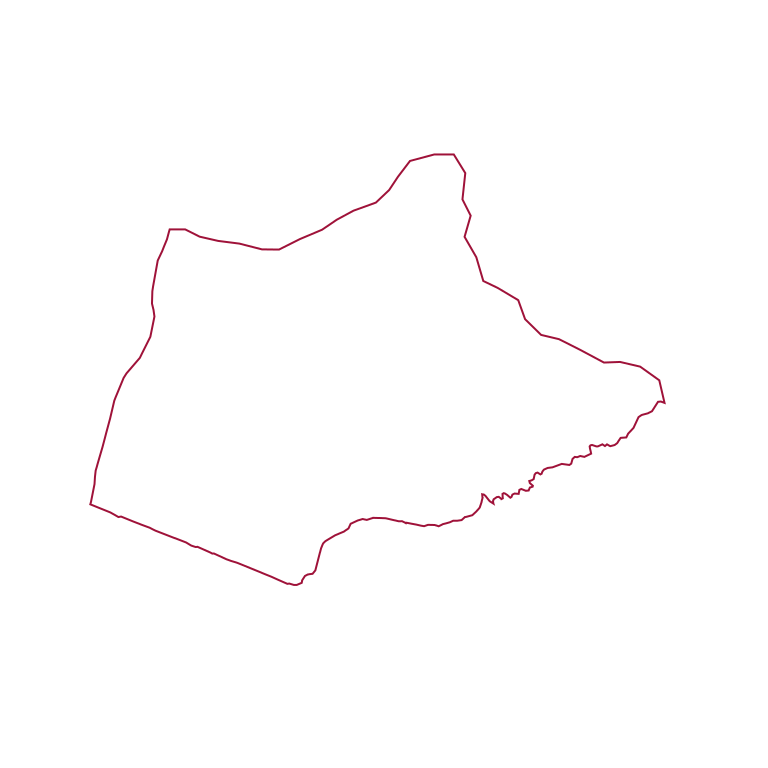 Grande Sido, Moyen-Chari, Chad (Albers equal-area conic projection), rotated 26°
{"feature_id": "50815135B5443465425830", "entity_name": "Grande Sido", "entity_type": "district", "adm_level": 2, "iso_a3": "TCD", "parent_name": "Chad", "parent_adm1": "Moyen-Chari", "projection": "albers", "projection_center": [18.707, 8.449], "detail": "fine", "context": "isolated", "style": "outline", "palette": "rose", "viewbox_px": 768, "rotation_deg": 26, "n_neighbors": 0, "source": "geoboundaries", "source_scale": "gbopen_adm2", "svg_char_len": 4401}
<svg xmlns="http://www.w3.org/2000/svg" viewBox="0 0 768 768"><g transform="rotate(26 384 384)"><path d="M172.8,620.9L180.2,620.4L194.3,619.4L199.6,619.7L203.6,620.0L205.8,618.4L219.0,617.5L221.3,617.3L222.6,617.2L225.8,616.9L226.0,616.9L226.4,616.9L228.5,616.7L234.5,616.1L236.4,615.9L239.6,616.0L239.8,616.0L242.9,616.0L263.4,614.3L263.5,614.2L275.4,613.2L275.8,613.2L281.2,613.7L281.7,613.7L284.0,613.4L286.1,613.1L287.2,612.5L287.7,612.1L301.7,611.6L301.9,611.6L302.1,611.6L304.0,611.7L305.4,610.9L305.5,610.9L319.2,610.6L321.8,610.3L322.8,610.2L323.9,610.1L328.8,609.3L330.2,609.1L331.3,609.0L355.1,607.4L356.6,607.3L357.2,607.3L361.8,607.0L367.2,606.6L374.1,606.4L381.7,606.1L383.9,606.0L384.7,606.0L385.6,605.4L386.3,604.9L391.1,604.1L392.1,603.6L393.7,602.8L397.2,598.8L396.8,597.2L396.7,597.1L396.5,596.4L397.1,591.2L398.7,589.0L398.9,588.8L399.0,588.6L399.4,588.4L400.1,587.8L403.0,585.9L404.0,581.6L400.6,565.0L400.3,563.6L400.3,563.3L400.2,562.8L399.5,559.4L399.2,555.1L399.2,554.6L399.2,553.9L399.7,552.4L400.2,551.0L402.1,548.0L406.4,541.4L408.7,538.8L409.0,538.4L412.7,534.2L412.9,533.8L413.8,532.1L414.2,531.5L415.4,529.4L415.3,524.2L416.2,523.2L416.4,522.9L420.2,518.2L422.3,516.3L424.0,514.7L426.6,514.1L426.8,514.0L427.7,513.8L428.1,513.7L430.0,511.9L431.1,510.8L432.6,509.4L432.8,509.1L433.2,509.0L433.4,508.8L434.9,508.2L438.5,506.5L444.2,504.0L445.3,503.7L452.8,502.0L454.3,501.6L455.3,501.4L457.5,500.9L460.4,499.4L463.1,499.4L463.3,499.4L464.7,499.5L464.7,499.3L464.7,499.0L465.1,498.8L470.4,497.4L470.7,497.3L473.3,496.6L473.6,496.5L475.1,496.1L479.0,495.2L479.4,495.1L482.4,494.2L485.3,491.3L491.4,488.5L492.9,488.3L493.0,488.2L495.5,487.9L497.3,485.6L498.4,484.1L500.8,482.1L503.8,479.4L506.1,476.6L509.6,474.9L513.4,472.3L515.0,468.3L515.0,468.2L516.0,467.5L516.6,467.0L520.9,463.2L522.9,458.0L523.2,456.7L523.3,456.6L524.0,454.0L524.2,453.0L523.9,450.8L523.9,450.6L523.4,447.0L523.2,446.7L522.5,443.1L522.4,443.1L520.8,440.4L520.6,440.1L521.4,439.9L521.5,439.8L522.2,439.6L524.3,440.1L527.8,441.8L529.5,442.6L530.4,443.0L530.7,443.0L531.0,443.1L534.7,443.5L534.6,443.4L533.3,441.4L533.3,440.8L533.2,440.7L533.1,439.5L533.6,438.7L534.9,436.3L535.0,436.2L536.6,435.1L539.9,435.8L540.0,435.9L540.9,434.7L540.0,433.2L539.9,433.0L538.7,430.8L539.5,429.6L540.3,429.5L540.8,429.4L542.3,429.6L543.3,429.7L547.4,430.8L548.1,429.6L547.9,427.2L548.3,426.6L549.4,425.2L551.5,424.4L553.2,423.7L552.1,419.8L553.4,418.2L553.5,418.2L554.4,418.1L558.3,417.8L560.7,416.3L560.6,415.0L560.5,413.1L561.5,412.2L562.6,411.1L562.5,410.8L562.4,410.2L558.5,409.1L557.1,407.5L558.9,405.9L559.4,405.1L559.8,404.5L560.2,403.9L559.1,399.5L559.5,397.6L560.2,396.9L560.3,396.8L560.9,396.3L564.2,396.7L564.5,396.2L565.0,395.6L564.8,393.9L564.8,393.0L565.1,391.6L565.3,390.8L567.9,387.7L570.2,386.2L570.3,386.1L571.9,385.1L578.8,377.9L586.1,375.5L587.2,373.5L586.3,368.7L587.4,365.9L589.7,365.1L590.4,364.4L591.9,362.7L595.1,361.9L595.3,361.8L596.0,361.7L600.7,355.8L599.1,353.7L598.0,352.4L597.2,351.4L596.8,350.8L596.7,350.6L596.2,349.9L596.5,348.6L597.3,348.0L597.3,347.9L597.7,347.6L602.2,347.0L603.5,346.4L606.0,343.4L606.4,342.9L606.7,342.5L608.3,342.7L609.8,342.9L609.9,342.7L610.9,340.5L613.8,340.7L614.0,340.7L614.6,340.7L617.2,338.5L617.3,338.4L618.0,337.8L618.5,336.9L619.5,335.0L619.7,333.5L619.7,333.0L620.3,328.7L621.9,327.7L622.0,327.7L625.2,325.8L625.2,325.6L625.2,324.2L625.2,321.6L626.6,317.1L627.5,314.1L627.3,302.2L629.0,299.2L629.5,298.6L634.1,294.6L634.7,293.7L634.9,293.5L636.8,291.0L638.1,279.9L640.5,278.4L644.4,278.0L629.8,260.0L606.6,256.1L586.5,260.7L572.3,268.3L545.1,267.3L521.6,267.0L503.7,271.0L482.4,263.9L467.9,249.8L444.0,247.8L428.1,247.9L411.4,229.6L391.9,216.4L388.1,194.7L373.6,183.7L364.6,158.8L346.1,147.1L328.5,155.7L309.6,172.1L305.7,191.6L303.6,207.4L297.2,224.5L280.6,241.6L269.5,257.1L260.7,272.5L244.9,290.6L230.7,309.2L215.3,316.5L192.5,321.2L172.2,328.1L153.7,332.4L137.5,332.2L123.6,339.0L124.0,341.4L125.5,349.1L126.0,357.0L126.4,362.1L126.4,363.7L126.5,372.2L133.7,397.6L135.1,402.1L140.2,413.4L144.4,418.5L148.1,424.0L153.3,444.0L153.1,462.2L153.1,467.5L150.4,477.8L147.9,487.3L147.3,492.7L147.9,502.1L148.4,510.2L148.6,513.6L148.9,517.2L153.0,535.3L153.3,536.9L155.8,549.9L156.8,554.8L158.6,563.9L160.5,575.0L161.7,581.9L162.2,584.5L162.8,588.2L164.9,594.1L167.7,600.9L172.3,618.3L172.8,620.9Z" fill="none" stroke="#9f1239" stroke-width="2"/></g></svg>